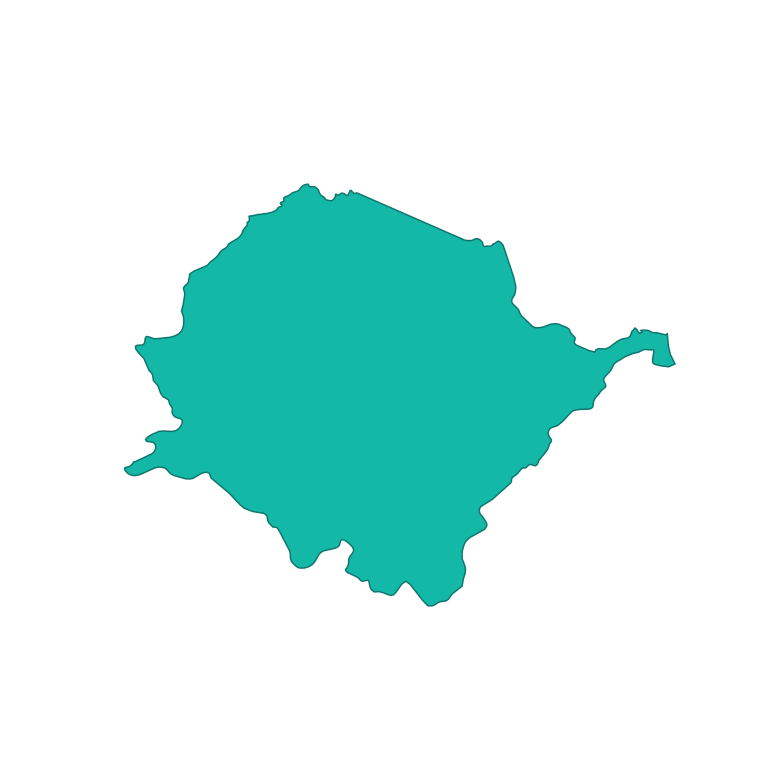 Haute-Kotto, Robinson projection, rotated 236°
{"feature_id": "CAF-866", "entity_name": "Haute-Kotto", "entity_type": "Prefecture", "adm_level": 1, "iso_a3": "CAF", "parent_name": "Central African Republic", "parent_adm1": "", "projection": "robinson", "projection_center": [22.992, 7.358], "detail": "fine", "context": "isolated", "style": "filled", "palette": "teal", "viewbox_px": 768, "rotation_deg": 236, "n_neighbors": 0, "source": "natural_earth", "source_scale": "10m", "svg_char_len": 6171}
<svg xmlns="http://www.w3.org/2000/svg" viewBox="0 0 768 768"><g transform="rotate(236 384 384)"><path d="M459.4,133.3L458.7,134.4L456.0,152.1L456.3,155.5L458.0,158.4L461.2,160.5L464.6,160.2L469.2,155.1L471.3,155.3L472.2,158.3L472.0,163.1L470.5,171.1L468.4,174.9L463.4,181.4L461.8,185.0L461.7,188.4L462.7,192.1L464.6,195.1L467.1,196.4L468.9,196.0L471.8,193.5L473.5,192.4L475.8,191.9L477.9,192.1L479.8,193.1L481.6,194.5L483.2,195.2L487.2,195.1L491.1,196.4L493.1,195.7L497.0,193.7L501.2,193.6L509.0,195.6L515.8,194.8L520.7,197.1L523.1,197.5L526.5,196.8L539.4,199.2L547.5,197.9L552.1,197.8L554.3,199.2L554.1,201.1L551.8,204.8L551.3,206.8L552.2,208.8L555.5,211.7L556.2,213.4L555.3,214.8L550.3,218.5L549.1,220.0L542.2,233.1L540.8,237.8L540.3,242.4L541.5,246.5L544.2,250.0L547.5,252.8L550.8,254.8L552.7,255.7L557.7,256.9L562.3,262.1L569.0,268.3L571.0,269.7L575.4,271.2L576.2,272.4L576.8,274.1L577.2,277.2L577.8,278.6L578.5,279.5L580.0,280.7L581.2,282.3L583.6,284.1L583.9,286.1L583.8,289.8L581.1,303.7L582.2,307.9L582.6,313.5L583.1,316.8L583.9,319.5L585.0,321.9L585.3,323.6L585.5,325.3L585.3,328.7L585.4,330.2L585.7,331.3L586.4,332.4L587.0,333.9L586.5,345.4L587.8,349.7L588.4,350.8L589.9,352.6L590.6,353.9L592.2,359.3L592.7,359.9L594.4,360.8L594.5,361.4L594.2,362.3L594.7,363.7L596.9,365.1L598.5,365.9L598.5,366.3L597.0,369.0L594.9,374.6L593.4,376.8L592.6,379.2L591.2,381.4L589.2,386.7L588.6,389.5L588.4,391.0L588.6,392.8L589.3,394.8L589.4,395.7L588.8,398.4L589.0,399.2L589.4,399.6L591.1,398.9L591.6,399.1L592.0,399.5L592.1,400.2L591.6,402.8L591.9,403.4L592.3,403.8L593.5,404.3L594.4,405.3L594.4,406.3L594.3,407.5L593.6,409.8L593.5,411.1L593.7,413.8L593.6,415.5L592.2,420.4L592.3,422.3L593.2,424.1L593.7,427.3L593.6,429.4L592.5,432.3L591.9,432.9L591.2,432.9L590.0,432.4L589.4,432.5L588.7,433.2L586.7,436.4L586.3,436.9L583.4,437.9L581.3,438.1L579.0,437.3L576.3,437.2L575.6,437.3L572.0,438.9L569.9,438.7L569.0,439.1L568.0,439.8L565.6,442.5L565.1,443.4L565.7,446.6L566.1,448.0L566.9,448.9L568.1,449.5L568.3,449.9L568.1,450.4L566.7,451.2L566.1,451.8L565.8,453.3L566.0,455.1L565.9,455.8L563.9,457.6L561.8,458.2L561.2,458.5L560.8,459.1L560.8,460.3L561.7,461.4L562.5,463.3L563.4,463.9L563.3,464.4L562.7,465.0L558.6,465.6L557.6,468.4L458.1,531.4L456.5,533.0L454.0,536.8L453.6,538.2L453.2,541.0L452.7,542.0L451.3,543.5L450.3,544.1L449.4,544.3L447.1,544.7L445.7,544.6L443.8,543.7L442.4,543.9L441.7,544.3L441.3,545.0L440.6,546.8L438.8,549.0L438.5,549.9L438.5,550.6L439.0,552.6L438.6,554.7L438.7,557.9L438.3,559.0L435.8,559.9L432.3,560.3L400.2,551.3L390.9,547.7L387.1,544.6L384.8,542.0L383.5,538.8L382.8,537.6L381.5,536.4L380.5,535.8L379.1,535.6L377.2,535.8L372.0,536.9L370.0,537.0L366.4,536.2L363.9,536.0L348.4,539.4L346.0,541.1L344.2,543.4L342.1,548.3L340.3,555.7L338.7,558.8L337.6,560.6L335.7,562.4L328.7,567.0L326.7,567.9L325.0,568.1L322.2,567.4L320.7,567.4L316.2,568.3L315.1,568.1L314.2,567.4L312.7,565.4L311.8,564.8L310.0,564.8L308.3,565.4L296.7,572.9L294.9,574.6L292.7,576.4L292.9,577.4L293.8,578.7L293.4,581.6L289.3,587.0L288.4,591.2L288.9,601.3L288.3,606.2L286.0,611.4L285.8,614.3L286.3,615.3L288.8,618.7L290.0,623.4L287.7,624.1L285.2,623.8L283.2,624.3L282.5,627.2L284.8,626.8L283.6,629.3L281.3,632.3L279.5,633.8L277.2,634.8L276.2,635.6L274.0,638.7L267.3,645.0L267.2,646.9L256.4,641.0L248.4,637.9L237.9,636.5L239.1,629.6L244.4,623.5L248.8,619.6L250.2,618.9L251.4,618.8L252.8,619.4L254.9,621.0L259.6,625.5L261.0,626.5L261.9,626.4L263.3,623.8L265.9,620.8L266.9,619.4L267.4,618.0L268.1,612.7L270.2,607.1L271.8,599.4L272.3,588.3L272.0,586.0L269.2,581.0L268.3,579.0L266.3,570.7L265.4,569.0L263.9,568.0L262.1,567.6L260.1,567.5L258.5,566.9L257.6,565.6L257.1,561.1L256.6,559.1L255.6,556.7L254.5,552.2L253.7,550.1L252.0,547.6L248.7,544.8L248.0,543.5L248.0,541.5L248.8,539.6L253.8,531.4L255.1,528.6L256.0,526.0L255.9,522.9L253.2,511.8L252.5,504.7L252.7,503.5L254.1,498.7L254.2,497.4L254.0,496.0L253.4,494.7L251.7,492.8L250.1,492.0L248.7,491.6L244.7,491.6L243.8,491.4L243.1,490.8L242.5,489.8L241.7,487.6L239.6,485.0L238.5,483.3L237.5,481.0L234.0,469.5L232.1,466.9L231.5,465.8L231.5,464.3L231.8,463.5L232.4,462.8L234.9,461.0L235.5,460.2L235.8,459.4L235.7,457.1L235.3,455.4L235.4,454.6L235.6,453.8L236.5,452.5L236.8,451.7L236.8,450.5L234.9,443.6L234.7,438.2L234.1,436.9L231.8,435.0L231.1,433.6L227.8,409.3L228.2,395.9L227.6,394.1L226.3,392.6L223.7,391.3L221.9,391.1L218.2,391.6L211.6,391.3L209.8,390.6L208.5,389.3L207.5,386.8L207.4,384.8L208.7,370.0L208.6,367.6L208.0,364.5L207.1,362.4L205.9,360.4L204.0,358.0L201.2,355.0L198.1,352.7L195.4,351.1L186.8,349.0L184.3,347.6L181.5,345.2L178.0,340.7L172.8,335.8L171.8,323.1L169.6,316.9L169.5,315.4L169.7,313.7L171.9,309.3L172.4,307.8L172.6,305.8L172.5,303.3L173.0,300.2L175.5,296.4L183.2,295.0L202.8,293.7L208.3,291.9L208.2,286.9L204.5,276.9L203.9,274.0L205.0,271.6L207.2,269.5L211.9,266.3L214.1,264.4L215.4,262.6L217.0,259.7L219.4,258.9L221.4,258.6L223.2,258.8L229.1,261.2L230.1,261.0L231.0,259.6L232.3,256.3L233.0,255.4L233.9,254.9L237.5,254.3L239.6,253.4L247.9,248.4L250.1,247.9L251.2,248.1L251.8,248.8L252.9,251.8L253.9,253.1L255.2,254.4L258.2,256.6L259.3,258.0L260.2,259.9L261.8,264.2L263.0,265.7L264.9,266.6L267.7,266.6L271.1,265.9L274.8,264.8L277.3,263.5L278.4,261.8L278.3,260.6L277.8,259.6L276.1,257.9L275.3,256.7L274.8,255.2L274.8,253.7L275.2,251.7L279.3,241.0L279.6,239.8L279.7,238.0L279.2,235.0L275.4,227.2L274.9,225.6L274.6,224.5L274.5,221.1L274.9,218.5L275.6,216.0L276.7,213.9L278.2,211.7L279.3,210.6L280.3,209.9L283.6,208.8L286.2,208.3L288.9,208.1L291.7,208.9L296.4,211.8L298.6,212.5L322.6,215.2L324.4,214.9L325.4,214.6L327.7,211.8L333.3,210.9L334.8,211.0L339.0,212.8L340.1,213.0L342.0,213.0L343.1,212.5L344.4,211.6L351.2,204.4L353.1,202.8L359.2,198.7L364.0,197.2L379.6,194.7L402.4,188.2L403.7,188.2L407.2,189.2L408.6,188.8L409.9,187.8L411.5,184.7L412.0,181.6L412.6,172.8L414.1,169.4L416.5,166.4L425.0,159.2L427.6,157.5L429.7,156.7L434.4,156.1L436.7,155.4L437.5,154.9L439.3,153.2L441.1,150.8L441.9,149.1L442.7,146.4L445.3,131.3L446.3,128.6L447.3,126.4L448.3,125.0L450.7,122.9L453.7,121.5L456.9,121.1L458.3,121.3L459.1,121.8L459.5,122.5L458.0,126.8L458.2,130.3L459.4,133.3Z" fill="#14b8a6" stroke="#0f766e" stroke-width="1.5"/></g></svg>